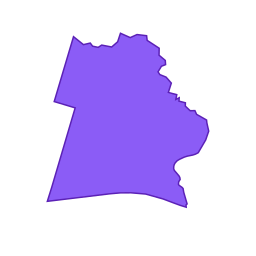 Jefferson, Texas, United States of America (orthographic projection), rotated 17°
{"feature_id": "52423323B61382457071366", "entity_name": "Jefferson", "entity_type": "district", "adm_level": 2, "iso_a3": "USA", "parent_name": "United States of America", "parent_adm1": "Texas", "projection": "orthographic", "projection_center": [-94.044, 29.875], "detail": "fine", "context": "isolated", "style": "filled", "palette": "violet", "viewbox_px": 256, "rotation_deg": 17, "n_neighbors": 0, "source": "geoboundaries", "source_scale": "gbopen_adm2", "svg_char_len": 1010}
<svg xmlns="http://www.w3.org/2000/svg" viewBox="0 0 256 256"><g transform="rotate(17 128 128)"><path d="M49.7,123.5L49.7,124.3L71.6,124.2L72.4,206.9L72.3,221.7L129.7,196.3L139.6,192.3L149.8,189.1L164.2,186.0L182.3,185.6L193.3,186.3L200.7,186.7L206.8,186.7L206.0,184.7L206.7,183.3L200.1,173.2L198.4,169.8L197.3,169.1L193.5,167.8L192.7,167.1L192.2,164.6L192.9,162.0L192.1,160.3L190.9,159.0L184.7,155.0L183.6,153.6L183.0,151.4L182.9,149.6L183.3,147.6L184.6,144.9L186.3,143.0L190.3,139.4L192.9,137.6L197.7,135.0L200.0,133.4L202.2,131.3L202.4,131.0L205.8,116.7L206.1,107.4L201.9,100.0L200.8,97.4L189.6,94.9L186.9,91.8L182.4,93.3L176.4,90.3L175.5,87.1L168.9,87.4L168.1,84.1L165.4,86.7L164.9,81.9L156.2,82.2L156.3,72.4L149.5,68.2L142.8,67.6L140.3,65.5L141.9,59.2L145.4,56.4L143.9,52.5L136.4,49.3L134.5,42.6L120.7,38.6L118.8,34.3L109.3,36.0L103.7,40.9L93.1,39.6L92.9,48.6L88.7,55.3L78.6,56.4L75.9,59.6L70.2,60.1L67.1,57.8L61.0,61.3L49.2,56.6L49.7,123.5Z" fill="#8b5cf6" stroke="#5b21b6" stroke-width="1.5"/></g></svg>